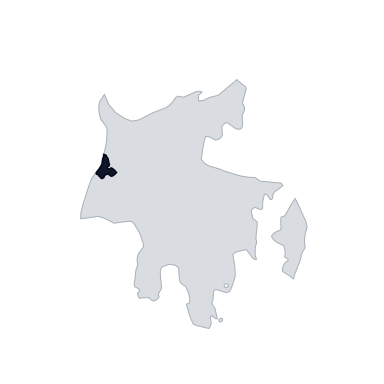 Siazan District, Siyəzən, Azerbaijan shown in context, rotated 232°
{"feature_id": "54616110B9592293002412", "entity_name": "Siazan District", "entity_type": "district", "adm_level": 2, "iso_a3": "AZE", "parent_name": "Azerbaijan", "parent_adm1": "Siyəzən", "projection": "equal_earth", "projection_center": [49.096, 41.028], "detail": "fine", "context": "in_parent", "style": "filled", "palette": "ink", "viewbox_px": 384, "rotation_deg": 232, "n_neighbors": 0, "source": "geoboundaries", "source_scale": "gbopen_adm2", "svg_char_len": 4732}
<svg xmlns="http://www.w3.org/2000/svg" viewBox="0 0 384 384"><g transform="rotate(232 192 192)"><path d="M252.9,296.7L251.6,296.6L241.9,299.0L239.9,298.2L231.7,287.3L230.0,286.1L226.4,285.6L224.3,283.9L222.6,280.9L221.7,278.8L213.2,272.9L211.9,270.7L211.8,268.9L213.0,267.2L214.5,265.7L218.6,264.3L223.5,263.0L225.1,262.1L225.9,260.5L225.8,258.0L225.0,255.6L218.1,251.1L217.3,249.2L217.1,246.8L217.5,244.3L218.6,242.4L224.3,239.8L227.4,237.1L225.5,234.0L219.4,227.1L212.2,219.5L207.3,219.4L201.7,221.7L192.7,228.2L187.8,230.9L181.3,235.5L174.2,240.6L168.4,246.1L164.7,250.6L158.3,252.5L155.0,256.3L144.2,267.6L141.1,267.5L141.0,261.9L141.2,257.4L140.6,254.8L137.2,251.3L137.1,249.8L138.1,248.9L140.7,249.4L144.2,249.2L145.8,247.9L142.2,243.3L139.0,240.2L136.2,238.1L135.6,236.8L135.6,236.0L136.2,234.9L141.0,232.4L141.5,230.0L141.2,227.4L133.8,223.6L128.2,225.0L123.2,220.7L120.0,217.4L116.1,213.8L112.5,211.9L109.1,207.4L103.2,202.8L99.4,201.5L99.5,200.8L100.2,199.9L101.8,199.2L112.4,199.4L113.8,198.6L114.4,196.6L115.9,193.7L117.7,189.4L117.6,185.8L107.0,179.9L99.4,174.6L94.2,167.5L90.6,161.1L90.8,158.9L91.9,156.8L100.3,150.9L100.8,149.4L100.7,148.3L97.8,145.3L94.1,142.2L93.0,139.9L90.7,138.7L86.3,138.6L78.6,134.8L76.9,134.4L76.6,133.6L77.0,132.9L82.5,131.3L82.5,130.0L80.8,128.4L77.7,127.1L74.9,124.1L74.0,121.3L84.1,113.3L87.1,111.7L93.6,113.2L107.1,118.5L106.1,121.4L107.5,123.1L110.6,125.4L116.5,127.7L121.6,128.8L124.2,127.8L128.1,127.0L133.1,129.6L137.7,133.0L140.0,134.3L141.3,134.7L144.8,133.6L149.2,129.3L150.9,124.1L151.4,121.6L149.0,118.1L143.9,114.4L138.2,111.1L134.6,108.2L132.3,102.5L130.0,101.8L129.4,101.1L129.0,99.1L129.1,96.4L130.0,94.3L132.3,93.4L134.7,93.1L136.8,91.1L139.5,87.2L140.6,85.0L145.6,86.3L146.2,89.8L147.1,90.5L149.2,90.1L152.6,88.6L155.3,89.8L158.8,93.9L163.6,98.3L166.2,101.3L167.2,103.4L169.7,105.3L173.3,107.7L176.2,111.3L178.7,119.9L181.3,121.8L190.6,125.1L193.9,125.7L203.2,126.9L206.4,126.1L211.2,118.7L215.5,111.2L219.5,109.6L226.7,105.9L231.1,102.5L232.9,98.8L237.0,91.8L239.5,87.8L243.7,91.3L251.1,100.8L261.5,116.3L264.1,120.7L265.8,125.8L267.3,131.9L269.7,137.4L280.4,151.2L285.0,156.3L292.6,162.9L295.3,164.4L298.8,164.8L305.3,164.8L311.3,167.4L314.2,169.2L317.3,171.8L320.0,174.8L322.8,183.0L312.4,180.3L302.0,180.7L296.1,182.5L290.4,184.8L284.9,188.2L281.4,194.7L278.6,209.9L274.3,224.2L274.5,230.8L276.4,237.1L276.1,240.1L274.2,241.4L271.8,244.1L268.5,257.2L266.9,259.8L264.8,261.5L264.2,259.9L264.4,256.5L259.8,253.4L257.3,256.8L255.7,264.1L252.3,271.7L252.1,273.1L252.9,296.7ZM98.8,162.4L99.3,160.4L98.0,159.5L96.6,159.4L95.4,160.4L95.4,162.9L97.0,163.4L98.8,162.4ZM63.4,221.6L61.9,219.5L61.2,218.3L65.8,217.3L73.6,214.5L75.6,215.9L77.8,218.7L78.9,221.2L79.0,225.7L79.9,226.5L83.7,225.0L85.3,226.8L88.2,229.0L93.2,231.2L100.4,227.8L104.0,226.9L107.0,227.0L108.6,228.0L109.1,231.6L108.4,235.9L107.5,238.3L109.0,240.1L114.9,244.3L117.3,246.6L116.1,250.7L120.3,260.6L121.8,264.5L123.4,269.3L114.4,267.4L98.2,263.4L93.7,261.3L89.6,255.8L87.1,253.1L83.4,249.7L80.4,248.4L78.1,246.0L76.8,242.4L75.0,239.3L71.7,235.5L64.3,222.9L63.4,221.6ZM74.7,137.3L73.7,138.0L72.2,137.3L71.7,135.8L71.9,134.2L73.4,133.8L74.6,134.3L75.0,135.7L74.7,137.3Z" fill="#d9dde1" stroke="#a8b0b8" stroke-width="1"/><path d="M253.7,144.5L254.1,144.5L254.8,144.5L255.4,144.4L256.1,144.5L256.8,144.5L257.2,144.3L257.9,144.2L258.5,144.0L258.9,143.9L259.4,143.9L259.8,143.7L260.1,143.5L260.7,143.2L260.9,142.8L260.8,142.1L260.9,141.4L261.0,141.0L261.3,140.7L261.5,140.5L261.7,140.4L262.1,140.2L262.5,140.1L263.1,140.1L263.6,140.5L263.7,140.9L263.7,141.7L263.6,142.6L263.7,142.8L263.9,143.3L264.5,143.8L264.9,144.2L265.5,144.2L265.9,144.3L266.3,144.4L266.7,144.7L267.0,145.0L267.3,145.1L267.8,145.4L268.4,145.5L268.9,145.8L269.3,146.1L269.6,146.3L270.6,146.4L271.1,146.5L271.9,146.6L272.8,146.6L273.7,146.9L274.3,146.8L274.8,146.4L275.3,146.1L275.8,145.8L276.0,145.6L275.9,145.3L275.4,145.0L274.7,144.5L274.2,144.0L273.9,143.4L273.5,142.6L273.1,142.0L272.4,141.3L271.9,141.0L271.3,140.2L270.6,139.6L270.1,139.2L269.8,138.8L269.4,138.1L268.9,137.4L268.6,136.7L268.4,136.1L268.0,135.1L267.7,134.0L267.4,133.4L267.2,132.7L266.9,131.6L266.8,130.3L266.6,129.8L266.2,129.0L266.1,128.4L266.0,128.1L265.3,127.8L264.5,127.8L263.8,128.5L263.2,128.8L262.5,128.7L261.8,128.5L261.2,128.9L260.1,128.8L259.0,128.9L258.4,129.0L257.9,129.6L257.8,130.5L257.6,131.2L257.9,131.8L258.2,132.3L258.5,132.8L258.7,133.4L258.7,134.0L258.7,134.5L258.7,135.0L258.4,135.6L258.2,136.2L257.9,136.6L257.5,137.1L256.7,137.3L256.2,137.4L255.4,137.6L254.8,137.7L254.1,138.1L253.9,138.5L253.7,139.0L253.5,139.5L253.4,140.2L253.4,141.4L253.4,142.1L253.7,142.8L253.7,143.6L253.7,144.5Z" fill="#0f172a" stroke="#020617" stroke-width="1.5"/></g></svg>